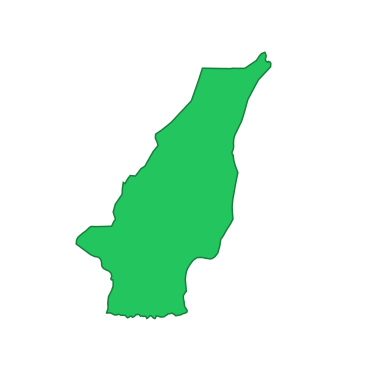 the district of As Salafiyyah, Raymah, Yemen, rotated 56°
{"feature_id": "15242507B36893334490361", "entity_name": "As Salafiyyah", "entity_type": "district", "adm_level": 2, "iso_a3": "YEM", "parent_name": "Yemen", "parent_adm1": "Raymah", "projection": "mercator", "projection_center": [43.857, 14.695], "detail": "fine", "context": "isolated", "style": "filled", "palette": "green", "viewbox_px": 384, "rotation_deg": 56, "n_neighbors": 0, "source": "geoboundaries", "source_scale": "gbopen_adm2", "svg_char_len": 4777}
<svg xmlns="http://www.w3.org/2000/svg" viewBox="0 0 384 384"><g transform="rotate(56 192 192)"><path d="M129.6,54.8L128.1,54.6L126.6,55.4L126.8,56.6L126.3,56.6L125.5,57.4L124.0,57.4L123.0,56.9L122.3,56.4L121.8,55.5L121.2,54.9L120.2,54.2L118.7,53.8L117.4,53.5L116.9,53.5L116.6,54.9L116.2,56.8L116.4,58.3L117.0,60.3L117.8,62.1L119.0,65.1L119.0,79.1L118.9,79.2L115.3,84.6L112.2,89.1L112.0,89.4L111.7,89.8L111.7,90.4L107.1,97.1L95.2,114.1L103.0,124.0L113.6,138.2L115.8,141.3L116.1,141.6L117.8,149.2L118.1,150.3L119.3,155.5L119.4,156.2L121.4,164.9L122.0,167.3L122.7,170.5L122.9,173.0L123.1,174.9L123.3,177.9L123.4,178.4L123.4,179.1L123.5,180.0L123.5,180.5L123.7,182.6L123.7,185.6L123.7,189.8L126.7,192.2L131.8,193.2L134.5,194.2L136.8,201.7L144.3,216.7L144.1,221.2L144.6,222.5L147.0,229.5L147.1,230.0L143.8,234.0L144.7,236.7L145.8,239.5L147.7,242.8L147.3,243.0L145.6,243.6L147.8,245.6L150.6,248.1L154.7,251.1L155.4,252.7L156.9,256.5L159.3,262.5L159.9,263.2L161.9,265.5L162.4,266.1L164.6,268.6L171.6,270.6L172.0,271.0L172.7,273.3L175.1,277.2L175.2,277.4L175.0,278.5L166.4,291.9L165.7,292.6L164.1,295.1L164.1,297.1L164.9,301.5L165.0,305.5L165.1,306.2L165.6,311.1L166.6,313.4L167.9,315.1L170.4,317.1L171.8,316.5L172.8,316.2L173.2,316.0L177.8,314.5L177.9,314.4L180.2,313.6L181.2,313.2L183.0,312.6L185.8,311.6L187.2,311.1L187.7,310.8L191.2,308.7L193.3,306.3L194.7,305.8L195.7,305.5L197.3,305.5L199.7,306.3L201.4,307.4L203.3,308.2L205.8,308.2L207.7,307.2L208.3,306.9L208.8,306.6L210.9,305.2L211.4,305.1L213.6,304.5L216.0,305.2L217.2,305.9L218.0,306.9L218.2,307.5L219.1,308.0L220.0,307.8L220.6,306.6L221.2,306.8L222.0,307.4L225.8,309.9L225.9,310.0L226.8,311.2L227.2,311.7L227.6,312.3L228.7,313.6L231.0,317.9L231.9,319.5L232.5,320.1L234.2,321.6L235.0,322.2L236.5,323.6L239.4,325.3L241.6,326.7L241.7,326.8L244.5,330.5L245.0,330.2L245.0,329.7L245.0,329.2L245.5,328.8L245.9,328.4L246.2,328.0L246.5,327.4L246.7,327.0L247.4,326.9L247.8,326.5L248.4,326.2L249.3,325.7L250.1,325.2L250.6,325.0L250.9,324.6L251.3,323.8L251.7,323.5L252.0,322.6L252.0,321.9L252.3,321.4L253.1,320.6L254.2,320.0L254.6,319.8L254.9,319.3L255.2,318.7L255.6,318.0L256.0,317.5L256.6,316.9L257.1,316.4L257.9,316.2L258.6,316.0L259.4,316.1L260.2,315.8L260.3,315.3L260.6,314.3L260.5,313.7L260.5,313.0L260.5,312.4L260.8,311.9L261.4,311.5L261.7,311.5L262.4,311.6L262.6,311.0L262.9,310.2L262.9,309.2L262.7,308.6L262.7,308.1L262.7,307.6L262.5,307.3L262.5,306.7L262.7,306.3L263.2,305.8L263.2,305.2L263.4,304.8L263.9,304.5L264.4,304.4L264.6,304.3L265.3,304.3L266.0,304.2L266.4,303.9L266.6,303.1L266.8,302.7L267.4,302.4L267.9,302.0L268.1,301.4L268.5,300.7L269.0,300.2L269.4,299.9L269.5,299.9L270.3,299.9L270.9,300.0L271.4,300.3L271.5,300.3L271.6,300.1L271.6,299.6L271.6,298.6L271.3,296.8L271.1,296.4L271.2,295.9L271.5,295.4L272.0,295.1L273.2,294.7L274.3,294.6L275.3,294.2L275.9,293.9L276.2,293.4L276.0,292.6L275.5,292.1L275.1,291.7L275.1,291.0L275.1,290.5L275.4,289.9L276.1,289.4L277.2,288.7L277.4,288.6L277.8,288.1L278.2,287.8L278.6,287.4L278.7,287.1L278.7,286.6L278.9,286.4L279.4,285.8L279.7,285.2L279.8,284.6L279.8,283.7L279.7,282.4L279.7,282.2L279.9,281.6L279.8,281.1L279.6,280.5L279.8,279.9L280.0,279.5L280.3,279.0L280.7,277.7L281.1,277.0L281.3,276.4L281.5,276.0L281.7,275.8L282.5,275.7L282.9,275.7L283.5,275.1L283.9,274.9L284.0,274.9L284.5,274.9L285.1,275.0L285.7,274.4L286.0,273.6L286.5,272.3L287.0,271.3L287.2,270.4L287.3,270.4L287.6,269.6L287.7,268.3L287.9,267.5L288.0,267.0L288.3,266.4L288.5,265.2L288.8,264.5L288.8,263.9L288.7,263.7L288.6,263.3L288.2,262.8L288.0,262.6L287.7,262.4L287.0,262.3L285.8,262.1L284.9,262.1L284.4,262.2L283.7,262.2L283.2,262.2L282.6,262.0L282.1,261.7L281.0,261.2L279.8,260.7L278.6,259.9L276.8,259.3L275.1,258.4L273.4,257.5L272.8,256.6L271.4,253.5L271.3,252.7L271.3,252.3L271.2,252.3L270.9,252.1L270.1,251.7L268.8,250.9L268.7,250.9L267.9,250.4L265.3,249.0L263.9,248.2L262.5,247.4L260.9,246.6L257.7,243.9L255.8,242.2L253.7,239.7L252.7,237.9L252.1,236.7L250.8,233.8L249.7,230.7L249.3,229.0L249.2,227.5L249.2,225.8L249.1,224.8L250.6,222.2L252.4,219.7L254.7,217.7L256.1,215.9L257.6,214.5L258.4,212.6L258.5,209.5L257.7,206.8L256.8,204.4L254.4,201.7L253.6,200.7L252.4,199.3L247.3,194.6L246.2,191.4L244.1,187.2L243.6,186.2L242.8,184.6L239.9,177.9L237.4,173.2L235.4,172.1L231.5,169.9L227.0,167.2L226.8,167.0L226.3,166.7L221.8,163.0L221.6,162.9L221.3,162.7L221.2,162.6L218.8,160.2L215.9,157.4L210.7,152.4L206.1,147.8L201.5,143.1L194.3,141.4L193.8,141.3L193.7,141.2L188.9,139.6L188.6,139.4L184.5,137.3L182.9,137.4L181.4,136.6L179.8,134.2L178.5,132.8L176.9,131.6L174.5,130.2L170.9,127.3L168.5,124.3L161.2,111.6L156.9,106.1L156.2,105.3L154.6,103.3L153.7,102.3L151.8,100.1L148.1,95.8L146.5,93.8L140.6,82.8L136.1,74.1L132.3,57.2L132.2,56.9L129.6,54.8Z" fill="#22c55e" stroke="#15803d" stroke-width="1.5"/></g></svg>